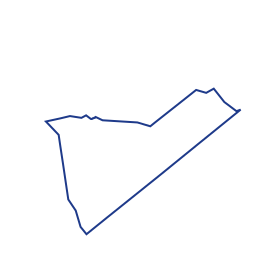 Monongalia, West Virginia, United States of America (Equal Earth projection), rotated 141°
{"feature_id": "52423323B42604268610019", "entity_name": "Monongalia", "entity_type": "district", "adm_level": 2, "iso_a3": "USA", "parent_name": "United States of America", "parent_adm1": "West Virginia", "projection": "equal_earth", "projection_center": [-80.046, 39.578], "detail": "fine", "context": "isolated", "style": "outline", "palette": "blue", "viewbox_px": 256, "rotation_deg": 141, "n_neighbors": 0, "source": "geoboundaries", "source_scale": "gbopen_adm2", "svg_char_len": 659}
<svg xmlns="http://www.w3.org/2000/svg" viewBox="0 0 256 256"><g transform="rotate(141 128 128)"><path d="M187.7,184.7L186.2,166.3L191.6,157.2L201.2,140.8L212.5,121.7L219.4,110.0L220.6,96.7L227.1,81.0L227.1,71.6L213.7,71.6L200.2,71.6L181.1,71.5L133.0,71.3L83.2,71.4L62.9,71.4L62.7,71.4L28.9,71.4L33.1,72.8L36.8,87.5L36.6,104.6L45.1,106.1L51.1,114.7L61.6,114.8L104.2,115.3L109.6,115.3L117.2,126.4L142.9,150.0L146.2,156.9L147.3,156.7L147.5,156.8L147.6,157.2L148.3,157.2L148.9,157.6L149.4,157.5L149.7,157.8L150.3,157.7L150.9,158.1L151.2,158.5L152.6,164.2L157.8,165.2L165.6,173.8L174.4,178.0L187.7,184.7Z" fill="none" stroke="#1e3a8a" stroke-width="2"/></g></svg>